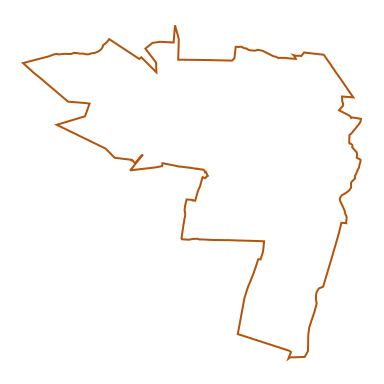 the district of Santa Cruz Xoxocotlán, Oaxaca, Mexico
{"feature_id": "50627088B97007763045384", "entity_name": "Santa Cruz Xoxocotlán", "entity_type": "district", "adm_level": 2, "iso_a3": "MEX", "parent_name": "Mexico", "parent_adm1": "Oaxaca", "projection": "albers", "projection_center": [-96.747, 17.01], "detail": "fine", "context": "isolated", "style": "outline", "palette": "amber", "viewbox_px": 384, "rotation_deg": 0, "n_neighbors": 0, "source": "geoboundaries", "source_scale": "gbopen_adm2", "svg_char_len": 5374}
<svg xmlns="http://www.w3.org/2000/svg" viewBox="0 0 384 384"><path d="M182.3,232.7L181.5,238.5L182.0,239.3L187.1,239.6L189.1,239.7L192.5,239.0L192.9,238.9L197.8,238.8L199.1,239.4L200.3,239.5L200.5,239.4L203.7,239.5L207.5,239.7L208.4,239.8L214.3,240.0L222.7,240.1L227.5,240.1L230.4,240.2L238.8,240.5L249.9,240.8L256.8,241.0L257.7,241.0L264.1,241.3L263.7,245.0L263.5,247.6L263.3,248.8L263.2,250.0L263.0,251.5L262.9,252.1L262.6,252.9L262.4,253.6L262.3,254.0L261.9,255.1L261.6,256.2L260.6,259.3L260.0,259.3L258.3,259.2L258.1,259.6L257.5,261.5L256.8,263.7L256.6,264.4L256.4,265.0L256.1,265.7L255.5,267.7L254.8,269.6L254.5,270.5L254.2,271.4L253.8,272.7L253.4,273.7L252.6,275.7L251.7,277.8L251.0,279.7L250.7,280.6L250.3,281.4L249.6,283.2L248.8,285.1L248.4,285.9L248.2,286.4L248.0,287.0L247.6,288.2L247.3,288.9L246.8,290.5L246.3,292.3L245.7,294.0L245.2,295.8L244.9,296.6L244.4,298.3L244.3,298.9L237.8,334.1L289.4,350.8L291.0,352.1L289.4,356.0L288.4,358.7L290.1,357.4L291.5,357.3L293.6,357.3L299.8,357.1L300.0,357.1L304.7,356.9L307.9,351.3L308.0,350.1L308.3,334.5L309.2,327.9L311.4,320.8L314.3,312.4L316.7,303.5L315.9,299.1L316.0,295.2L316.8,291.6L319.1,288.3L323.0,286.8L323.4,285.8L332.5,255.3L338.3,235.3L340.1,228.2L341.4,222.8L342.1,222.8L345.6,223.1L346.3,223.2L346.2,222.1L346.2,221.2L346.5,220.1L346.6,217.7L346.4,216.3L345.6,214.6L345.2,213.5L344.9,211.9L344.5,210.4L341.0,202.6L340.6,201.9L340.1,200.5L339.8,199.2L340.2,197.6L341.4,195.8L341.8,195.3L342.7,194.7L343.8,194.3L348.4,191.1L349.6,190.0L350.2,189.0L350.9,187.9L351.1,187.2L351.1,186.2L351.0,185.2L351.0,183.2L351.5,182.0L352.2,181.2L353.4,180.1L355.1,178.3L355.1,177.3L355.0,176.3L355.2,175.4L356.2,174.0L356.4,173.0L356.7,172.4L357.1,171.8L357.4,171.2L357.4,170.5L357.9,169.4L358.6,168.4L359.1,167.4L359.3,165.5L359.6,164.4L360.3,162.2L360.4,161.2L360.6,160.1L360.6,159.8L360.4,159.7L359.4,159.1L358.7,158.7L358.0,158.4L357.4,158.0L356.7,157.6L357.1,155.1L357.0,154.2L356.9,152.9L356.6,152.2L356.4,152.0L354.7,150.1L353.3,148.5L352.2,147.2L352.4,146.4L352.4,145.3L352.1,144.8L351.7,144.4L351.2,144.1L350.5,143.5L349.5,143.5L349.2,142.1L349.4,137.0L349.4,135.1L350.2,134.5L351.2,133.7L355.8,128.1L356.9,126.6L358.2,125.2L358.4,124.9L360.6,121.6L360.7,120.0L361.0,118.9L357.7,118.3L354.6,117.8L352.4,117.5L352.0,117.5L351.8,117.6L351.6,117.8L351.2,118.0L350.9,117.0L350.0,116.1L349.6,115.7L339.0,110.3L339.7,109.4L343.2,105.4L343.2,105.0L342.9,102.9L342.6,102.3L342.2,101.6L342.1,96.5L353.3,97.4L348.7,90.8L343.0,82.4L340.3,78.5L338.2,75.6L337.5,74.5L335.8,72.3L334.5,70.3L334.1,69.6L332.0,66.7L330.9,64.9L327.8,60.5L323.9,54.8L321.1,54.4L319.5,54.3L316.5,53.9L316.4,53.9L315.0,53.8L313.5,53.6L312.0,53.4L311.9,53.4L310.4,53.3L310.2,53.2L307.3,52.9L307.2,52.9L304.1,52.5L303.9,52.7L303.8,52.9L302.6,54.4L301.0,56.2L299.5,55.7L299.4,55.7L298.4,55.8L296.1,55.8L293.4,55.1L294.6,56.4L295.1,57.2L295.5,58.1L295.8,58.9L294.2,58.8L292.5,58.6L290.5,58.5L288.6,58.3L287.6,58.2L286.1,58.0L284.9,57.9L283.4,57.9L281.1,57.9L280.2,57.9L279.3,57.9L278.4,58.1L277.7,57.6L277.1,57.4L275.7,56.7L275.1,56.6L274.3,56.4L273.7,56.3L272.7,55.9L269.8,54.4L263.5,51.3L262.4,50.8L261.8,50.6L260.5,50.4L259.6,50.1L258.9,50.0L257.7,50.0L256.3,50.2L255.7,50.6L253.4,50.6L251.2,50.4L249.8,50.2L248.9,49.9L247.0,49.0L246.7,48.6L246.3,48.4L245.5,48.4L244.1,48.1L242.9,47.6L241.9,46.8L241.3,46.8L240.4,46.7L239.4,46.8L238.6,47.1L238.0,47.0L237.1,46.8L236.0,46.8L235.7,46.9L234.4,58.4L232.0,60.6L204.7,60.0L178.2,59.7L178.8,38.9L175.0,25.3L173.6,42.5L159.9,41.8L152.5,42.9L145.4,48.6L156.1,62.6L156.4,72.3L141.3,57.3L139.3,59.0L109.2,39.1L106.9,42.1L105.3,43.6L102.9,45.4L102.8,46.8L101.9,48.2L101.2,49.2L99.8,50.5L98.6,51.2L96.5,52.3L93.9,53.1L92.0,53.2L88.4,54.3L86.1,54.3L83.7,53.7L81.4,53.6L79.5,53.6L76.5,53.0L73.9,52.9L71.0,54.0L68.6,54.0L66.1,53.9L63.6,53.9L61.0,54.2L58.5,54.4L57.2,53.9L54.3,54.3L53.0,54.8L49.0,56.3L23.0,63.1L25.5,65.3L26.4,66.1L30.0,69.4L31.1,70.3L31.7,70.9L31.9,71.1L33.1,72.3L33.9,72.8L34.0,73.0L35.9,74.5L38.5,76.6L39.5,77.4L43.1,80.4L44.4,81.6L44.5,81.6L46.5,83.4L48.7,85.2L50.7,86.9L54.5,90.1L63.9,98.1L68.2,101.7L77.4,102.4L84.8,103.0L89.6,103.6L85.0,116.3L56.7,124.8L105.6,148.6L109.1,152.1L114.7,157.8L130.7,159.7L131.3,160.4L132.0,159.9L132.9,160.8L133.9,162.0L135.0,163.3L138.4,159.2L138.8,158.7L139.0,158.4L139.2,158.1L139.5,157.9L139.7,157.6L139.9,157.3L140.1,157.1L140.3,156.9L140.5,156.6L140.6,156.4L140.9,156.1L141.1,155.9L141.3,155.6L141.7,155.3L142.1,155.1L142.5,154.9L143.0,154.7L140.7,157.4L135.6,163.6L131.5,168.8L131.2,169.1L130.5,169.9L130.7,170.3L131.6,170.2L135.0,169.8L138.2,169.4L139.8,169.2L146.8,168.4L151.2,167.9L155.6,167.4L156.1,167.3L157.6,167.0L162.1,166.1L162.5,163.2L177.2,166.1L179.8,166.7L180.6,166.6L189.9,167.8L189.9,167.7L190.4,167.8L193.0,168.2L196.6,168.9L196.7,168.6L197.4,168.7L198.8,169.0L200.9,169.4L201.4,169.4L203.0,169.5L203.6,169.8L204.0,170.2L204.7,171.2L205.2,172.4L205.9,171.9L206.8,173.9L207.5,175.6L207.8,175.9L206.7,176.6L204.9,178.3L202.6,177.1L202.4,177.5L202.2,178.1L201.6,180.5L200.2,185.8L197.8,191.3L197.8,191.6L197.7,191.8L196.0,197.9L195.4,199.9L195.2,200.7L192.5,200.4L192.5,199.9L191.1,199.8L189.5,199.7L188.2,199.6L186.6,199.5L184.9,206.5L185.0,207.0L184.9,207.1L184.6,210.0L184.7,210.6L185.2,213.5L185.2,215.6L184.7,218.2L184.5,218.6L184.2,220.3L184.0,221.8L183.7,223.4L183.1,227.3L182.3,232.7Z" fill="none" stroke="#b45309" stroke-width="2"/></svg>